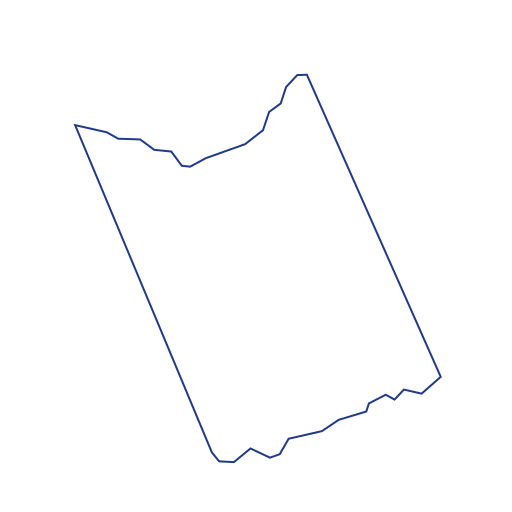 Titus, Texas, United States of America (Natural Earth projection), rotated 156°
{"feature_id": "52423323B68756889637402", "entity_name": "Titus", "entity_type": "district", "adm_level": 2, "iso_a3": "USA", "parent_name": "United States of America", "parent_adm1": "Texas", "projection": "natural_earth1", "projection_center": [-94.972, 33.19], "detail": "fine", "context": "isolated", "style": "outline", "palette": "blue", "viewbox_px": 512, "rotation_deg": 156, "n_neighbors": 0, "source": "geoboundaries", "source_scale": "gbopen_adm2", "svg_char_len": 545}
<svg xmlns="http://www.w3.org/2000/svg" viewBox="0 0 512 512"><g transform="rotate(156 256 256)"><path d="M136.4,70.5L135.8,400.9L144.7,404.5L159.7,398.2L171.4,385.3L185.4,382.3L198.4,368.1L220.4,362.6L262.1,365.8L279.8,364.4L287.1,368.6L290.9,385.9L305.8,394.4L314.4,409.6L334.2,419.2L342.0,429.7L368.0,449.1L376.2,94.5L373.2,83.4L360.0,76.7L339.3,82.4L325.3,66.1L314.9,65.3L300.5,75.8L267.0,69.2L247.1,72.7L218.5,69.1L212.8,75.4L193.9,76.5L187.8,68.5L175.2,73.8L160.7,62.9L136.4,70.5Z" fill="none" stroke="#1e3a8a" stroke-width="2"/></g></svg>